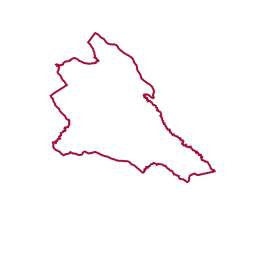 the district of Luziânia, Goiás, Brazil, rotated 306°
{"feature_id": "56859067B22325877983857", "entity_name": "Luziânia", "entity_type": "district", "adm_level": 2, "iso_a3": "BRA", "parent_name": "Brazil", "parent_adm1": "Goiás", "projection": "equal_earth", "projection_center": [-47.986, -16.555], "detail": "fine", "context": "isolated", "style": "outline", "palette": "rose", "viewbox_px": 256, "rotation_deg": 306, "n_neighbors": 0, "source": "geoboundaries", "source_scale": "gbopen_adm2", "svg_char_len": 5854}
<svg xmlns="http://www.w3.org/2000/svg" viewBox="0 0 256 256"><g transform="rotate(306 128 128)"><path d="M72.2,75.8L71.9,76.5L71.2,76.7L70.7,77.5L70.0,77.8L69.7,78.3L68.9,78.5L68.4,79.0L67.8,82.3L68.1,83.6L68.1,84.6L68.4,85.5L68.7,86.6L68.3,87.5L68.1,89.1L68.1,90.1L67.9,91.4L68.2,92.0L69.2,92.4L69.6,93.0L70.3,93.0L72.3,95.0L72.7,95.1L73.4,95.7L73.9,95.4L74.6,95.5L75.2,98.8L75.6,99.6L76.2,100.1L76.5,101.0L76.5,102.0L77.1,103.2L77.3,104.3L78.2,105.3L79.7,106.4L81.0,106.1L81.9,106.1L82.7,106.2L83.2,106.6L83.8,107.6L84.0,110.2L84.5,111.3L85.4,112.0L85.8,112.8L88.9,115.0L89.4,115.7L90.2,119.3L90.7,122.7L91.6,125.8L92.8,128.4L93.5,132.6L95.0,136.9L95.2,138.2L96.6,140.6L98.3,143.0L98.7,144.1L100.5,146.5L101.1,148.0L101.3,149.4L100.6,152.3L101.0,153.0L101.4,154.2L101.4,155.6L100.5,166.2L101.2,166.8L102.0,166.6L102.6,166.8L103.1,166.3L103.6,166.1L104.0,165.8L104.3,166.4L104.8,165.9L105.4,166.4L106.0,166.5L106.4,166.2L106.8,166.6L107.3,165.8L107.9,166.6L108.2,167.6L109.4,167.4L109.9,167.8L110.6,168.0L111.9,167.8L113.6,169.2L114.8,169.2L115.4,171.4L115.0,173.0L117.0,173.5L117.3,175.0L118.1,176.0L118.6,177.2L118.7,178.0L118.5,178.8L118.6,179.5L119.4,180.1L119.4,180.7L119.1,181.3L119.1,182.0L118.7,182.5L118.6,183.2L118.8,184.0L118.6,184.6L118.8,185.4L118.3,187.1L118.9,187.9L119.0,189.5L118.0,191.6L117.4,192.4L117.9,192.8L118.5,195.9L119.0,197.3L118.0,198.2L117.3,199.7L118.0,201.3L118.7,202.3L119.0,203.2L118.9,204.3L119.3,205.0L119.0,205.7L119.0,206.6L118.9,207.3L119.2,207.8L120.3,208.3L120.9,208.3L121.4,208.0L122.8,207.6L123.2,206.9L125.8,206.0L126.6,206.3L127.3,207.0L128.2,207.2L130.1,208.4L130.4,208.9L130.6,209.7L130.4,210.5L130.6,211.3L131.3,212.5L143.0,222.9L144.0,223.5L144.5,222.0L143.9,221.3L143.7,219.5L143.9,218.9L144.6,217.8L145.2,217.2L145.6,216.6L146.1,214.7L147.1,212.8L147.1,211.8L146.2,210.4L146.6,209.4L146.2,208.6L146.1,208.0L145.6,207.2L145.5,206.6L146.8,204.8L147.5,205.4L148.2,205.1L148.0,203.9L148.6,203.5L149.2,202.8L148.9,202.4L148.3,202.2L147.8,201.0L148.9,200.1L148.9,199.2L149.3,197.8L148.6,197.7L148.0,197.8L148.2,197.0L148.8,196.7L148.6,195.9L148.7,195.1L148.5,193.9L148.1,193.4L148.8,192.1L148.7,191.3L149.1,190.1L149.8,189.7L149.3,189.1L148.5,189.0L148.0,188.4L148.1,187.5L147.7,187.1L147.3,186.1L147.8,185.6L148.3,185.4L148.7,184.6L148.1,184.2L147.1,184.2L146.6,183.2L146.8,182.4L147.6,181.5L147.2,181.0L147.7,180.7L149.1,181.1L150.2,180.2L150.1,179.4L149.2,178.1L149.4,177.0L150.2,176.9L150.5,176.2L150.0,175.7L149.8,174.9L149.8,174.0L150.3,173.4L150.1,172.6L149.7,172.2L149.5,171.5L149.5,170.9L149.2,170.0L149.4,169.3L149.7,168.6L149.2,168.0L148.6,168.0L149.6,165.1L149.3,164.7L149.6,164.1L150.4,163.8L150.4,163.0L151.0,162.5L150.4,162.2L150.1,161.7L150.6,160.3L150.3,159.9L150.6,159.3L151.4,158.4L151.7,157.1L152.4,155.9L152.3,154.8L153.3,154.6L153.0,153.8L153.3,153.0L153.7,152.5L154.4,152.3L154.4,151.5L154.7,150.9L155.6,150.1L156.1,149.9L156.0,149.0L156.4,148.6L156.9,147.2L157.3,147.6L157.9,147.5L158.7,146.5L159.9,144.8L159.9,144.1L159.6,142.8L159.6,142.2L160.0,141.9L159.5,141.2L160.4,140.9L160.8,140.0L161.3,139.8L161.3,138.5L161.9,138.2L162.2,137.7L162.2,136.5L162.1,135.9L161.6,135.4L161.6,134.6L161.7,134.0L162.4,133.0L162.6,131.9L162.5,131.1L162.8,130.1L161.7,128.8L162.2,128.8L162.5,128.1L161.9,127.1L162.2,126.5L162.9,126.5L163.4,126.0L162.7,125.5L162.7,124.6L163.2,124.4L163.5,123.8L163.8,123.2L163.7,122.6L162.9,122.7L163.7,121.5L164.2,121.9L164.7,121.6L165.6,122.5L166.1,123.3L166.2,124.0L166.8,124.5L166.7,127.1L166.4,128.7L166.7,129.3L166.6,130.1L166.9,130.8L167.8,130.9L168.1,130.2L168.8,129.7L169.0,129.1L170.1,128.5L170.8,128.3L171.3,128.4L173.5,126.9L174.2,125.9L174.9,124.1L175.5,123.7L175.6,122.7L176.0,120.6L175.7,117.5L175.7,113.5L175.9,110.3L176.9,108.4L177.4,108.1L178.5,106.5L179.2,104.8L179.2,104.1L179.6,103.7L179.8,102.5L180.3,101.9L180.8,100.9L182.3,99.7L183.6,98.2L184.0,97.4L183.9,96.7L184.9,93.9L185.4,93.7L185.7,92.9L186.9,91.1L186.9,90.3L187.2,89.2L187.0,88.3L187.0,86.1L186.4,81.5L186.5,80.8L186.3,79.8L186.3,78.7L186.5,78.1L186.6,77.0L186.4,76.4L186.7,75.3L186.7,74.3L187.2,72.8L187.7,72.1L187.9,71.1L188.2,70.3L187.7,67.9L187.3,67.2L186.8,66.9L185.0,63.9L184.4,61.7L184.5,60.3L184.8,59.4L185.0,58.4L185.8,56.3L185.6,55.4L185.7,54.8L185.4,53.5L185.3,52.5L185.9,50.6L186.0,48.1L185.5,45.6L173.8,45.4L173.6,46.5L173.3,48.6L173.1,49.1L172.7,49.5L171.6,53.1L170.1,54.8L169.4,56.4L167.8,57.6L167.0,59.1L165.3,59.5L165.6,60.3L165.8,61.8L165.1,62.2L164.9,62.7L164.8,63.3L165.3,64.2L164.8,64.7L164.1,64.1L162.2,63.2L161.8,63.6L160.3,62.4L160.1,61.9L159.1,60.9L158.7,60.3L157.4,59.3L156.4,57.4L155.9,56.6L155.7,55.8L155.3,55.4L154.6,53.7L154.5,52.2L154.2,50.7L153.8,49.9L153.6,48.8L153.9,47.9L153.8,45.9L153.6,44.8L152.9,43.2L150.7,41.9L149.5,41.7L149.1,41.3L148.7,41.7L147.9,41.3L145.8,39.3L145.5,38.7L144.3,38.0L143.0,37.6L142.2,37.6L141.3,38.1L140.5,37.7L140.2,37.2L139.6,37.0L139.1,36.5L138.4,35.4L137.9,33.5L137.5,32.8L137.0,32.5L136.5,34.0L137.2,36.1L136.4,36.8L135.9,36.7L135.3,36.9L134.9,37.5L134.4,37.7L132.2,37.9L131.4,38.6L131.1,39.5L130.8,42.1L130.3,43.5L130.0,44.1L129.5,44.5L129.3,45.1L128.9,45.6L128.3,47.3L128.2,49.2L127.1,51.8L126.8,53.3L114.3,48.3L108.8,46.5L107.7,48.1L107.5,48.7L107.6,49.5L107.3,50.2L105.7,52.2L105.0,54.1L103.8,55.5L103.1,58.9L103.0,61.2L102.0,62.3L101.4,64.1L101.4,65.2L101.1,66.1L101.1,67.1L100.8,68.2L100.9,69.2L100.2,70.9L99.2,72.7L99.3,74.5L99.8,75.0L99.9,75.6L99.6,76.2L98.5,76.4L97.9,77.5L97.4,77.4L96.5,78.5L95.4,78.5L94.8,78.7L94.3,78.7L93.5,79.0L92.9,78.6L92.6,78.0L91.5,76.8L90.5,76.7L90.1,78.4L88.8,79.0L88.3,78.7L88.2,77.8L87.1,77.5L86.3,77.7L84.5,76.6L83.4,77.5L83.0,78.1L82.3,78.2L81.1,77.4L80.6,77.4L80.0,77.6L79.8,78.7L79.5,79.4L79.0,79.2L78.6,78.3L77.6,77.6L76.9,77.7L76.2,78.4L75.8,78.2L74.8,77.3L74.1,78.4L73.3,78.5L73.2,77.4L73.0,76.8L72.6,76.1L72.2,75.8Z" fill="none" stroke="#9f1239" stroke-width="2"/></g></svg>